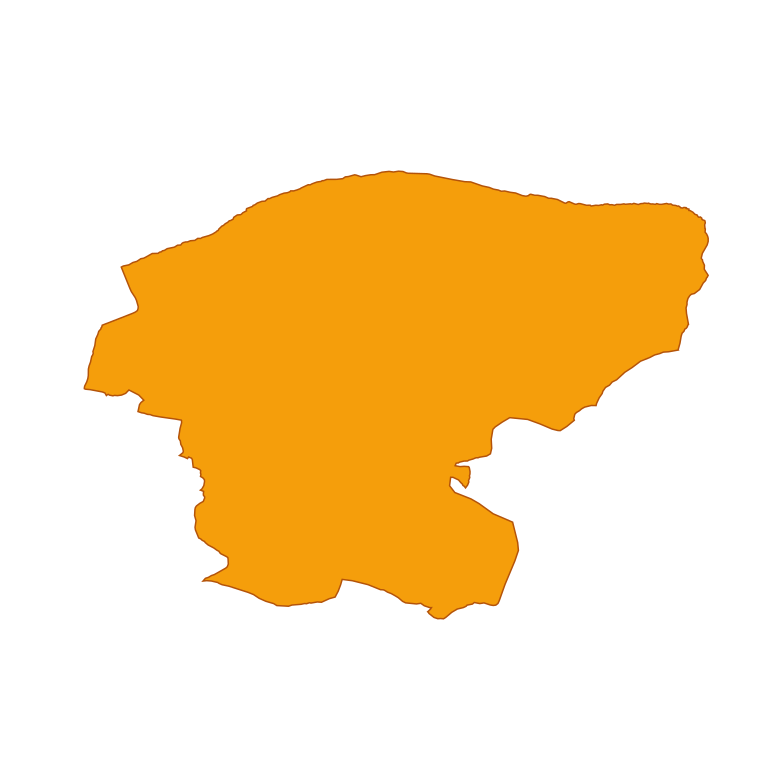 the district of Tsihombe, Androy, Madagascar, rotated 193°
{"feature_id": "10022922B95964642483948", "entity_name": "Tsihombe", "entity_type": "district", "adm_level": 2, "iso_a3": "MDG", "parent_name": "Madagascar", "parent_adm1": "Androy", "projection": "mercator", "projection_center": [45.465, -25.344], "detail": "fine", "context": "isolated", "style": "filled", "palette": "amber", "viewbox_px": 768, "rotation_deg": 193, "n_neighbors": 0, "source": "geoboundaries", "source_scale": "gbopen_adm2", "svg_char_len": 6161}
<svg xmlns="http://www.w3.org/2000/svg" viewBox="0 0 768 768"><g transform="rotate(193 384 384)"><path d="M92.6,562.8L97.4,567.5L97.8,568.1L98.5,571.8L101.2,575.3L101.6,576.6L103.0,577.6L103.2,578.1L103.2,582.9L100.4,592.2L100.2,595.8L100.9,598.9L101.9,600.8L103.4,602.7L105.3,604.2L105.8,607.4L106.5,608.0L106.4,608.4L107.2,610.6L107.4,612.1L107.2,612.7L107.3,613.7L108.2,615.4L110.8,615.7L111.3,616.0L111.6,617.0L113.2,617.9L114.8,617.3L115.7,617.7L116.9,619.1L119.2,619.3L121.7,620.9L124.7,621.8L126.0,621.7L126.2,623.0L129.0,623.0L128.9,623.6L129.3,623.8L131.5,623.5L132.7,622.6L134.8,622.5L135.5,623.2L137.0,623.7L138.0,623.3L139.9,623.6L143.0,623.2L144.9,624.0L147.1,623.3L149.2,623.5L153.9,621.5L156.1,621.0L158.9,621.1L160.0,620.1L162.7,619.9L164.5,619.4L167.0,619.7L167.5,619.3L171.3,618.8L171.8,618.3L174.4,617.5L176.6,616.1L181.2,616.2L182.9,615.0L184.4,615.0L189.3,613.4L190.7,613.5L193.8,612.2L197.8,611.3L199.5,610.0L202.3,610.0L204.3,609.4L206.5,609.8L209.7,608.8L211.3,607.5L212.5,607.5L214.9,606.3L217.9,605.8L222.2,604.0L223.3,604.6L226.9,603.7L233.4,603.9L235.0,603.6L237.3,602.3L238.6,602.2L244.6,603.3L245.7,602.8L247.4,601.1L248.5,600.9L256.5,602.8L262.9,602.6L265.3,602.0L269.6,602.8L271.4,602.7L276.6,602.5L279.6,601.8L283.7,601.9L284.8,601.3L285.7,600.0L287.9,598.9L291.8,598.7L298.7,599.7L304.2,599.2L309.8,599.2L313.1,598.2L316.2,598.7L321.1,598.5L325.7,599.2L332.8,599.1L344.9,600.4L350.8,599.3L363.3,598.6L381.3,598.1L386.8,598.7L389.4,598.5L407.8,594.8L409.6,594.7L413.3,595.3L417.8,594.6L422.4,592.7L426.9,592.3L433.7,589.9L440.3,585.8L443.7,585.0L448.9,582.9L453.0,580.8L458.2,581.3L459.7,581.2L465.4,578.1L468.3,577.1L470.4,574.8L476.0,572.8L485.7,570.5L488.5,568.6L490.0,568.2L490.8,567.3L494.8,565.7L499.1,562.9L500.8,561.4L502.7,561.1L509.0,556.2L509.5,555.5L512.5,553.5L515.5,551.8L518.4,551.2L519.0,550.1L521.3,548.6L524.3,547.5L528.3,545.0L530.0,543.4L535.1,540.6L537.2,538.9L538.7,538.6L541.1,535.4L544.1,534.5L548.2,531.8L550.3,529.4L551.7,528.6L552.0,527.5L557.1,524.1L557.4,523.5L557.3,522.6L556.9,521.8L560.1,519.1L561.1,517.4L561.9,516.7L565.0,515.7L566.5,514.1L567.9,512.6L568.1,510.7L570.2,508.8L571.5,508.2L572.7,506.3L574.7,504.5L576.2,502.3L577.5,501.4L579.9,497.6L580.1,496.3L581.3,495.4L581.7,494.6L584.7,491.6L588.0,489.2L594.0,485.9L595.4,484.6L598.2,484.0L600.6,481.4L604.9,480.0L607.5,478.2L609.2,477.8L611.5,476.6L612.6,475.4L613.3,473.7L616.4,472.8L619.0,470.2L625.7,467.1L628.0,464.8L629.9,463.9L630.6,462.8L632.4,461.9L633.5,460.5L639.2,459.0L644.8,453.9L646.5,452.5L649.1,451.4L652.4,447.9L656.0,445.9L659.4,442.7L664.6,440.3L666.3,438.8L653.4,420.4L651.0,417.2L645.8,412.2L644.0,409.8L640.9,404.2L640.6,402.3L640.8,400.1L642.4,398.2L644.7,396.4L671.8,377.9L671.8,376.1L672.3,375.0L672.3,373.9L673.8,371.1L674.0,367.9L675.0,363.0L674.4,356.4L674.9,350.1L674.2,348.5L674.5,346.1L675.0,345.3L674.9,339.3L675.4,335.4L675.4,332.1L674.0,325.6L673.8,322.7L674.1,319.3L675.2,314.6L675.1,312.6L674.9,312.0L673.6,311.8L669.1,312.4L656.6,312.9L653.9,312.5L651.9,310.3L651.0,311.5L650.1,311.9L649.1,311.4L645.5,311.5L644.0,312.3L641.1,312.7L637.2,314.2L633.6,316.8L631.2,320.8L620.5,318.1L614.4,314.2L616.7,311.2L617.6,308.9L617.5,301.8L613.8,301.4L611.1,301.6L607.6,301.2L605.0,301.6L602.0,301.2L594.3,301.6L579.4,302.9L573.4,303.2L573.1,302.9L572.5,300.7L572.7,294.8L572.1,285.9L571.5,284.5L569.7,282.8L568.4,279.5L565.9,276.6L564.4,273.4L564.5,271.8L567.2,268.3L562.3,267.9L558.7,267.1L558.0,268.9L554.9,268.4L553.8,267.3L551.2,260.0L548.2,260.0L544.2,259.1L543.1,258.3L542.8,255.9L542.1,254.9L542.0,252.6L539.6,251.9L537.5,250.4L536.9,248.5L536.7,244.5L537.8,240.8L539.0,239.3L535.6,238.8L535.3,236.2L534.8,234.8L533.5,233.9L533.1,232.6L533.7,228.9L536.6,226.3L539.3,223.0L540.0,221.2L540.0,219.3L539.0,213.3L536.4,208.5L535.9,201.9L534.9,199.4L529.9,192.3L527.7,191.8L526.0,190.8L523.5,190.2L522.5,189.3L519.2,187.6L512.8,185.9L509.3,184.4L507.3,183.9L505.6,182.3L504.8,181.9L498.7,180.4L497.2,179.8L496.6,178.5L495.2,173.5L495.6,170.7L496.8,169.0L506.5,160.1L509.1,158.5L511.6,156.1L514.3,154.5L516.0,151.3L512.5,152.5L507.9,153.2L501.4,153.2L499.8,152.6L496.6,152.0L489.7,152.1L469.5,150.4L463.8,149.5L457.4,147.1L450.2,145.7L442.0,145.2L438.6,144.0L427.0,146.0L424.0,147.9L415.2,150.7L412.1,152.2L410.0,152.5L407.5,154.1L405.9,154.1L400.0,156.6L395.8,157.3L388.9,162.6L383.7,165.4L382.0,171.9L381.1,178.6L380.8,184.2L370.6,185.2L354.4,184.9L341.2,182.8L338.3,183.3L337.0,183.1L333.8,182.0L329.7,181.4L325.3,180.1L322.0,179.0L317.0,176.4L313.7,175.6L302.9,177.0L298.8,178.6L294.9,177.0L289.1,176.4L287.5,176.8L288.0,175.2L290.2,171.9L289.4,171.5L288.5,170.5L282.8,167.8L278.8,167.4L276.2,168.2L273.2,168.6L271.4,170.4L266.6,176.8L262.0,181.2L256.4,184.0L254.0,185.9L253.3,187.2L248.3,189.5L246.9,191.4L241.3,191.6L237.3,193.2L230.7,192.6L227.7,192.8L225.3,193.7L223.6,195.8L223.0,198.6L221.0,216.0L216.7,241.1L215.6,252.1L218.1,259.6L227.6,278.3L248.5,282.1L264.6,288.9L273.4,291.6L290.6,294.2L297.2,299.6L298.1,308.1L295.8,308.6L289.8,307.3L286.9,305.1L285.5,304.4L284.2,302.9L282.8,302.4L281.2,301.1L279.8,304.3L279.3,307.6L279.9,309.0L279.4,312.1L280.1,313.9L280.0,315.6L280.5,318.1L282.1,321.7L283.0,322.5L287.4,321.8L291.3,320.6L296.3,320.4L295.9,323.0L294.8,323.6L294.1,323.6L292.7,324.9L288.7,326.9L285.2,327.8L284.3,328.8L280.3,331.0L277.8,332.8L275.7,333.3L274.6,334.1L267.8,336.9L264.6,339.9L264.6,345.6L267.1,354.3L267.7,364.3L266.0,367.2L260.1,373.6L253.9,379.5L236.0,381.8L223.1,380.2L210.0,377.9L204.1,377.8L201.8,378.2L196.3,383.8L190.4,391.5L191.3,392.8L191.3,397.4L190.1,399.5L187.5,402.0L185.9,404.2L183.3,406.6L177.2,409.7L172.5,410.7L172.5,412.9L171.2,419.0L169.3,423.7L169.1,426.2L167.4,430.5L164.0,433.6L162.1,437.3L158.3,440.4L152.0,449.6L145.9,455.9L139.2,463.9L131.0,469.6L126.8,473.2L122.1,475.7L119.0,477.9L114.0,479.4L104.9,483.3L105.1,483.5L104.8,490.3L105.2,497.3L105.0,500.5L103.6,502.8L103.2,505.2L102.1,506.2L101.3,508.0L101.3,509.5L100.7,510.5L105.1,520.7L106.8,526.1L106.6,529.5L107.2,532.0L107.1,535.7L105.9,539.0L104.7,540.6L101.9,542.0L97.7,547.1L95.7,554.2L93.9,557.2L93.6,559.9L93.1,560.7L92.6,562.8Z" fill="#f59e0b" stroke="#b45309" stroke-width="1.5"/></g></svg>